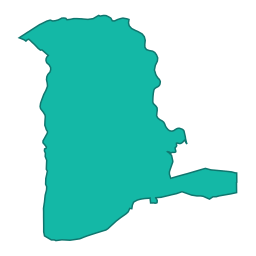 outline of Rafael Lucio, Veracruz, Mexico
{"feature_id": "50627088B78705285739892", "entity_name": "Rafael Lucio", "entity_type": "district", "adm_level": 2, "iso_a3": "MEX", "parent_name": "Mexico", "parent_adm1": "Veracruz", "projection": "orthographic", "projection_center": [-96.981, 19.6], "detail": "fine", "context": "isolated", "style": "filled", "palette": "teal", "viewbox_px": 256, "rotation_deg": 0, "n_neighbors": 0, "source": "geoboundaries", "source_scale": "gbopen_adm2", "svg_char_len": 4267}
<svg xmlns="http://www.w3.org/2000/svg" viewBox="0 0 256 256"><path d="M51.3,239.9L54.4,239.9L55.8,240.6L61.9,239.8L70.0,240.2L74.3,239.6L79.7,238.8L80.0,238.7L81.3,238.2L83.7,237.2L86.9,236.0L89.9,235.0L96.1,233.0L98.4,232.3L103.2,230.8L105.9,230.0L107.9,228.7L109.7,227.0L116.6,220.7L116.9,220.5L120.8,217.5L124.1,215.2L126.2,213.7L128.1,211.9L128.7,210.7L129.7,208.4L131.8,208.7L132.4,205.0L133.6,202.2L134.8,201.4L136.7,200.4L137.5,200.0L139.7,199.4L140.5,199.2L142.1,198.9L144.9,198.5L146.5,198.4L148.0,198.3L150.1,198.1L150.1,198.4L150.2,199.2L150.6,203.0L152.8,203.0L153.4,202.9L153.8,203.0L154.3,203.0L154.5,203.1L155.0,203.2L155.8,203.1L156.7,202.9L157.0,202.7L157.1,202.0L157.2,200.4L156.6,199.2L156.1,198.6L155.8,198.2L155.7,197.7L161.0,197.3L169.4,195.3L170.9,194.9L176.6,193.6L182.0,191.7L191.6,195.1L196.8,195.9L200.4,195.9L200.5,195.9L203.2,196.3L209.5,199.1L212.9,196.8L216.3,196.7L219.1,195.9L221.9,195.4L230.6,193.9L236.6,192.6L236.5,182.5L236.8,182.3L236.7,173.0L234.8,172.8L234.3,172.6L231.6,171.9L231.3,171.9L230.4,171.8L230.0,171.7L226.3,171.3L225.1,171.2L224.2,171.1L212.4,170.0L212.0,170.0L210.6,169.8L205.4,168.4L202.5,169.2L186.5,173.9L185.6,174.1L178.7,176.0L170.7,178.3L169.4,174.1L169.4,172.7L169.4,171.9L170.1,169.6L172.8,161.9L172.8,161.5L172.7,160.6L171.6,155.5L171.4,155.2L170.2,154.0L169.2,152.9L167.7,151.9L168.1,151.8L168.1,151.7L169.1,152.0L169.8,152.3L170.1,152.5L170.7,152.9L171.1,153.0L171.3,152.9L171.6,152.7L172.1,152.4L172.8,152.3L173.4,152.4L173.8,152.4L174.7,152.3L175.6,152.0L175.8,151.4L175.7,150.7L175.1,148.5L175.2,147.7L175.7,147.2L176.3,146.6L176.7,145.6L176.6,144.9L176.4,144.4L176.4,144.0L176.4,143.9L176.5,143.6L176.5,143.2L177.1,143.1L177.7,143.1L178.3,143.3L179.6,143.6L180.4,143.5L180.8,143.4L181.1,143.2L181.8,142.9L182.9,142.0L184.3,140.5L184.7,140.1L184.9,140.1L185.1,140.0L185.4,141.6L186.2,143.1L187.0,144.0L186.4,142.4L185.5,138.4L185.3,136.8L184.0,131.0L183.4,130.1L182.2,129.2L179.9,128.4L179.1,128.2L177.6,128.4L176.6,128.8L174.9,129.8L174.0,130.5L172.2,131.1L171.1,131.1L169.4,130.6L168.1,129.7L166.5,127.8L165.5,126.2L164.8,124.2L163.8,122.3L162.3,121.0L159.7,119.6L157.7,117.9L156.6,115.8L156.8,113.9L156.8,113.4L157.2,110.3L157.1,108.0L157.0,107.7L155.9,106.1L153.5,103.7L152.9,102.5L152.8,101.3L152.9,98.1L153.0,96.5L153.3,93.4L153.9,90.0L154.4,89.0L155.0,88.4L156.1,87.6L157.9,86.7L159.0,85.8L159.8,84.6L160.2,82.8L160.3,81.5L159.8,80.3L159.0,79.0L158.1,78.2L157.2,76.9L156.5,75.9L155.9,74.7L155.5,73.7L155.3,72.8L154.9,71.5L154.4,70.1L155.1,66.4L155.3,65.4L157.3,61.2L157.4,60.8L157.7,57.9L156.5,54.9L154.8,52.5L152.7,51.2L149.1,50.5L146.5,49.6L145.1,47.6L144.9,47.4L144.8,44.7L144.8,44.4L145.2,40.5L145.2,40.2L144.5,37.5L144.3,36.7L142.3,34.1L141.9,33.8L138.4,31.8L136.5,30.9L136.1,30.8L134.9,30.2L134.1,29.8L131.6,28.5L129.2,25.8L128.5,22.9L129.0,19.5L126.9,18.8L123.0,18.1L121.8,18.3L121.2,18.5L120.5,18.6L117.4,19.6L114.7,20.9L113.2,20.9L112.3,20.8L110.8,18.1L108.6,16.8L106.1,15.6L104.6,15.5L103.7,15.5L103.2,15.5L100.2,16.1L98.7,15.4L93.0,18.7L92.7,18.7L92.0,18.8L90.2,19.1L89.9,19.1L88.0,19.4L84.0,19.1L81.1,18.8L80.3,18.8L76.6,18.6L74.6,18.6L73.8,18.6L70.5,19.3L67.2,19.7L66.9,19.7L65.8,18.3L64.0,18.0L61.8,18.1L61.3,18.4L58.3,19.9L55.3,20.7L54.4,20.8L52.7,21.0L50.2,20.1L46.8,21.1L41.2,23.9L39.6,24.6L39.3,24.8L38.7,25.2L32.3,29.3L30.9,30.2L28.5,31.8L28.2,31.9L26.5,33.0L23.8,34.8L21.7,36.1L19.2,37.8L24.4,39.9L25.5,40.8L25.9,41.1L27.2,39.8L28.8,39.2L30.4,40.6L32.2,42.4L33.1,43.2L34.2,44.2L36.7,46.8L37.7,47.9L38.2,48.4L40.4,50.1L41.9,49.9L43.4,51.1L46.5,53.9L48.3,55.4L46.8,57.1L46.1,58.8L46.0,60.6L46.7,62.7L49.2,65.0L50.6,67.5L50.7,69.7L50.0,72.0L47.9,74.4L46.8,76.8L46.5,79.7L47.2,82.9L47.4,84.7L47.5,86.2L45.9,90.4L43.8,94.4L42.1,98.9L40.6,103.1L40.1,106.5L40.6,108.7L43.3,112.2L45.0,115.0L45.3,116.8L45.0,120.5L44.8,125.2L45.0,125.8L45.6,127.4L46.3,129.7L47.4,131.2L47.4,133.0L43.0,140.9L43.0,142.8L44.8,144.9L46.4,147.0L46.0,148.4L44.6,148.9L44.4,150.9L45.4,153.1L45.2,156.5L46.7,160.3L46.5,164.5L46.3,169.3L47.4,171.0L46.7,174.5L45.8,178.5L45.6,184.2L46.7,186.7L46.5,190.1L45.2,195.1L45.1,195.9L44.8,198.6L44.4,202.7L44.3,202.9L43.5,208.4L43.6,211.8L43.6,217.1L43.7,225.1L43.7,231.9L43.8,232.4L44.5,235.9L51.3,239.9Z" fill="#14b8a6" stroke="#0f766e" stroke-width="1.5"/></svg>